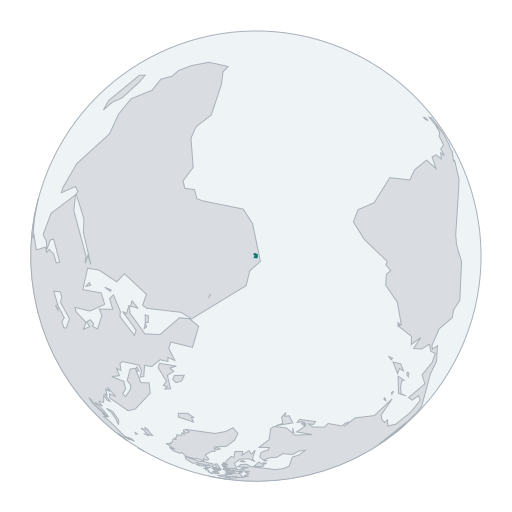 Kaolack highlighted on a globe, orthographic projection, rotated 205°
{"feature_id": "SEN-765", "entity_name": "Kaolack", "entity_type": "Region", "adm_level": 1, "iso_a3": "SEN", "parent_name": "Senegal", "parent_adm1": "", "projection": "orthographic", "projection_center": [-15.993, 13.984], "detail": "fine", "context": "on_globe", "style": "filled", "palette": "teal", "viewbox_px": 512, "rotation_deg": 205, "n_neighbors": 0, "source": "natural_earth", "source_scale": "10m", "svg_char_len": 9191}
<svg xmlns="http://www.w3.org/2000/svg" viewBox="0 0 512 512"><g transform="rotate(205 256 256)"><circle cx="256" cy="256" r="225" fill="#eef3f6" stroke="#a8b0b8"/><path d="M205.8,36.4L186.1,42.1L186.3,43.1L169.5,53.2L174.1,51.6L170.6,55.5L174.6,55.4L170.3,57.9L177.2,55.8L180.3,53.5L184.4,52.0L187.1,52.0L182.1,54.9L180.0,55.4L179.9,56.3L176.3,58.0L179.6,57.1L173.3,61.2L183.4,57.3L181.6,60.7L176.3,63.4L171.9,62.9L148.7,70.4L142.1,74.2L137.1,79.5L138.1,89.1L132.8,94.0L129.2,100.6L134.4,97.7L139.1,91.5L147.8,88.4L152.5,82.0L156.7,80.1L163.5,74.2L167.8,75.6L168.3,80.3L162.9,85.5L162.9,88.0L172.4,83.9L166.5,95.1L169.8,105.8L167.7,109.1L155.8,113.0L144.9,110.2L129.6,117.9L144.9,113.7L139.3,123.1L140.7,125.3L144.1,125.6L148.3,122.6L147.5,126.3L132.1,131.1L132.5,127.8L137.4,126.0L132.2,125.1L121.8,129.7L119.8,134.7L106.2,138.3L104.6,142.1L100.7,145.5L104.2,138.9L97.7,151.2L81.3,161.4L72.2,184.2L75.4,164.8L72.9,161.1L69.1,159.5L67.5,163.1L64.7,157.6L58.2,162.7L49.9,179.6L46.1,194.5L49.7,198.2L53.5,191.4L57.8,192.2L48.9,211.5L55.3,218.6L51.3,234.1L52.4,243.5L57.1,243.4L61.5,249.4L66.7,241.6L74.1,238.8L72.2,251.8L77.9,241.3L81.0,248.8L97.1,252.6L95.3,255.2L108.5,274.0L126.1,284.3L130.1,294.5L127.7,299.9L134.5,302.7L134.7,306.6L164.5,316.6L182.1,328.0L183.1,341.0L171.4,354.3L167.8,383.5L148.7,390.0L148.7,401.0L142.0,415.0L129.8,411.3L138.3,420.2L135.6,423.7L129.0,422.3L132.2,427.6L127.6,426.5L133.7,431.0L132.9,435.9L140.8,442.2L141.9,445.9L147.3,449.5L145.3,448.8L144.9,449.3L147.1,450.9L137.9,446.1L127.7,438.3L125.4,435.3L122.5,433.8L116.9,425.4L116.3,426.5L104.4,411.3L99.4,399.3L84.1,359.9L78.9,350.7L67.2,337.6L52.6,302.0L54.1,290.2L52.0,283.1L59.2,267.5L58.8,249.5L56.7,246.0L53.6,251.4L47.9,236.9L48.1,222.5L42.3,189.6L44.2,181.9L48.3,171.3L66.8,133.7L49.3,166.9L52.6,159.2L53.9,156.5L61.8,141.8L70.8,127.8L80.8,114.4L91.7,101.8L103.6,90.1L116.3,79.3L129.7,69.4L143.9,60.6L158.7,52.8L174.0,46.2L189.7,40.7L205.8,36.4ZM68.8,191.7L76.4,207.1L69.3,206.0L71.2,204.4L69.8,198.7L66.3,192.5L60.9,192.6L68.8,191.7ZM78.4,181.2L76.8,179.5L78.8,180.2L78.4,181.2ZM160.7,74.0L162.0,74.1L160.1,75.1L160.7,74.0ZM162.3,71.5L159.1,72.6L159.4,71.6L161.4,71.0L162.3,71.5ZM166.3,70.5L160.4,69.8L161.0,68.1L169.1,64.4L166.3,70.5ZM180.2,52.9L177.0,55.3L177.2,53.4L180.2,52.9ZM179.3,52.2L174.2,50.0L180.3,47.0L180.8,48.1L186.7,44.6L192.1,44.1L190.1,45.9L185.1,47.9L191.0,46.3L179.3,52.2ZM186.0,51.3L184.5,50.9L189.6,48.1L193.7,48.4L190.7,49.2L186.0,51.3ZM185.5,44.2L190.1,42.5L195.8,41.5L198.3,40.8L192.8,43.9L185.5,44.2ZM190.9,49.8L195.6,48.7L195.6,50.1L187.9,51.5L190.9,49.8ZM189.2,47.4L191.9,46.2L191.7,46.9L189.2,47.4ZM198.2,55.1L196.2,54.3L198.7,52.7L198.2,55.1ZM197.4,48.2L197.4,47.8L198.2,47.2L201.2,46.8L197.4,48.2ZM197.2,43.2L198.6,43.3L199.7,41.8L204.0,41.4L199.6,43.7L203.3,42.5L204.6,42.4L199.5,44.4L197.2,43.2ZM206.6,44.8L202.4,48.2L205.6,49.8L203.4,51.2L198.7,48.3L206.6,44.8ZM202.9,44.4L204.7,44.9L201.1,46.1L197.6,46.5L202.9,44.4ZM208.6,40.4L203.1,40.4L204.3,40.0L208.6,40.4ZM208.2,45.0L209.2,44.2L208.9,44.9L208.2,45.0ZM209.3,41.4L207.2,41.4L208.5,40.9L209.3,41.4ZM212.9,42.9L211.5,43.8L209.1,44.0L212.9,42.9ZM211.8,42.0L214.2,41.3L209.1,43.5L210.6,42.0L211.8,42.0ZM210.9,40.9L211.0,40.6L211.6,41.0L210.9,40.9ZM222.7,41.9L216.9,44.6L211.6,44.9L218.0,42.1L222.7,41.9ZM155.5,455.3L139.8,447.3L147.6,451.3L147.3,449.8L157.7,455.0L155.5,455.3ZM157.2,451.6L160.3,451.3L162.7,452.5L161.1,453.0L157.2,451.6ZM477.6,215.6L472.6,196.2L465.8,177.6L466.1,181.2L457.7,168.7L450.5,175.1L447.2,170.8L446.3,174.6L440.0,172.2L434.1,165.3L431.3,167.5L446.5,185.8L449.2,183.7L448.3,173.6L452.3,180.9L458.0,185.4L459.8,208.0L445.4,235.2L440.2,220.0L409.7,183.7L408.5,178.7L408.2,178.2L407.6,177.3L408.7,185.6L402.1,178.5L422.5,204.6L427.6,216.9L445.2,236.2L444.5,239.2L449.0,242.7L459.0,231.2L459.9,236.5L457.5,263.9L440.4,304.8L440.5,326.4L435.6,345.8L420.2,362.4L416.8,376.3L408.2,383.3L404.5,391.4L394.8,401.4L380.5,411.7L361.3,415.9L363.8,409.1L359.9,397.0L356.1,364.9L364.9,347.9L364.8,335.5L350.4,309.7L353.9,293.2L349.1,287.2L339.8,290.1L333.8,282.9L327.7,283.4L287.3,293.1L272.7,283.8L249.8,253.0L255.4,239.8L252.4,225.0L287.9,171.7L300.0,173.3L333.1,162.4L338.0,163.5L339.1,175.0L367.8,184.3L371.3,173.7L392.5,176.9L403.5,173.7L398.7,152.3L380.7,157.1L372.7,148.2L383.3,135.9L398.3,132.9L395.7,129.5L382.1,124.0L381.4,116.6L376.9,121.7L381.8,124.6L379.2,128.2L374.5,125.9L374.5,123.2L368.8,122.9L370.5,137.1L375.7,141.6L363.3,147.2L370.7,155.5L368.8,160.5L355.6,148.6L353.7,143.6L332.6,132.6L333.4,138.2L353.4,149.3L349.0,149.0L350.3,157.8L345.9,150.9L323.8,138.4L309.8,144.3L299.2,167.8L289.6,171.0L278.3,168.1L274.9,146.4L296.9,142.0L296.0,135.3L285.4,127.0L293.0,126.8L291.3,123.2L299.0,121.5L303.8,111.8L310.7,109.7L306.8,99.3L309.8,97.2L311.3,103.7L316.0,107.6L332.4,103.9L333.9,101.2L330.0,95.1L335.0,95.3L329.1,89.8L335.7,85.8L322.8,86.5L317.9,80.4L318.7,74.9L314.8,73.3L313.4,82.4L315.0,86.0L320.1,88.8L322.3,100.3L318.0,103.2L306.8,92.5L299.3,95.8L293.9,86.9L300.8,66.2L306.6,61.7L328.5,65.5L330.5,69.2L323.6,69.4L335.3,74.2L331.8,71.4L336.0,71.9L332.3,67.1L335.1,67.2L326.9,62.6L329.9,62.4L335.0,65.3L332.2,58.9L336.9,57.8L334.9,56.4L331.5,55.1L339.7,55.1L337.9,54.1L334.5,53.7L328.6,51.5L321.5,48.0L324.8,48.2L327.8,49.5L338.9,52.9L346.4,56.8L347.0,56.6L341.2,53.3L327.7,49.0L322.5,47.0L328.7,48.4L326.0,47.7L324.5,46.8L325.9,46.2L319.0,44.5L297.4,36.6L298.1,35.5L306.1,37.1L294.4,34.0L294.8,34.1L310.6,37.4L326.1,41.9L341.2,47.5L355.9,54.1L370.1,61.7L383.7,70.4L396.7,80.0L408.9,90.5L420.3,101.9L430.9,114.0L440.6,126.9L449.4,140.5L457.2,154.6L463.9,169.2L469.6,184.3L474.2,199.8L477.6,215.6ZM281.1,197.8L281.4,202.3L281.1,197.8ZM418.1,140.8L424.5,138.7L414.9,127.8L416.6,126.3L412.7,123.4L414.2,127.0L403.7,119.0L404.1,114.4L399.9,109.8L397.5,110.4L398.5,120.3L413.5,131.4L414.9,137.0L418.1,140.8ZM97.6,252.5L99.3,255.6L96.6,255.0L97.6,252.5ZM66.9,210.9L69.2,212.1L69.9,214.6L67.9,214.5L66.9,210.9ZM89.7,219.0L93.1,221.1L89.0,221.1L89.7,219.0ZM78.0,209.3L87.0,217.8L79.2,219.4L73.7,214.2L78.4,214.6L78.0,209.3ZM74.4,188.0L75.5,189.5L74.2,191.7L74.4,188.0ZM79.8,181.7L79.1,181.7L79.2,179.5L79.8,181.7ZM140.3,122.8L141.5,122.5L144.3,123.6L141.7,124.7L140.3,122.8ZM164.6,120.7L162.8,126.8L162.2,122.9L158.3,125.2L152.2,120.3L166.3,110.5L161.0,115.6L164.6,120.7ZM148.0,112.0L150.2,115.6L147.2,112.1L148.0,112.0ZM274.9,107.4L279.4,109.0L279.4,113.2L270.6,117.6L270.6,111.3L274.9,107.4ZM285.9,110.4L277.3,99.5L282.4,97.0L281.0,100.1L285.2,99.5L284.1,104.5L297.4,113.4L298.2,117.9L281.6,122.5L286.6,118.2L281.8,116.7L285.9,110.4ZM246.2,82.3L242.5,79.1L258.3,77.3L259.9,80.6L251.3,84.6L244.3,83.3L246.2,82.3ZM181.8,64.8L179.3,64.9L180.7,63.9L183.9,63.0L181.8,64.8ZM197.1,54.9L193.8,63.8L190.9,64.2L192.5,69.9L185.3,73.3L184.5,69.4L180.2,76.6L176.6,74.5L174.6,79.5L173.5,70.4L170.2,69.3L176.7,69.1L183.3,65.9L185.2,64.2L187.9,58.8L183.9,55.5L189.9,52.3L195.1,51.0L197.0,51.3L192.6,53.1L198.3,52.2L193.2,55.2L197.1,54.9ZM253.6,46.0L247.6,46.5L258.3,48.1L253.3,49.9L254.8,50.0L253.2,52.2L253.8,55.3L250.8,55.9L252.4,56.8L251.3,58.6L252.4,60.3L247.5,62.1L248.4,64.4L245.5,64.0L248.5,67.7L244.1,65.9L242.3,68.4L247.5,68.8L218.2,77.8L209.3,84.1L204.3,90.6L197.4,87.5L197.7,79.8L202.3,71.1L211.8,66.0L206.9,65.9L210.1,63.6L212.6,64.6L210.6,61.7L213.8,60.1L217.9,54.4L212.9,51.8L214.3,49.9L217.9,50.2L216.7,48.2L224.4,47.6L225.5,46.4L234.2,44.9L240.4,46.6L241.2,45.2L247.8,44.4L253.6,46.0ZM225.2,41.5L233.8,42.4L235.3,44.1L219.5,46.1L217.4,47.3L207.4,49.3L205.5,47.1L208.5,46.6L211.0,45.7L210.6,46.8L212.8,45.3L217.1,44.8L219.9,43.6L221.9,44.1L225.2,41.5ZM340.7,158.6L344.0,158.5L348.5,157.2L349.4,163.0L340.7,158.6ZM325.6,150.2L328.2,149.0L331.6,155.9L328.2,156.3L325.6,150.2ZM326.6,142.8L328.0,148.4L325.2,145.7L326.6,142.8ZM313.3,102.5L315.7,101.2L317.1,102.6L317.1,105.1L313.3,102.5ZM284.1,53.6L280.4,53.0L280.4,52.3L274.0,49.7L277.2,48.6L282.3,49.7L284.1,53.6ZM397.4,156.6L395.9,161.4L393.5,159.9L394.5,158.6L397.4,156.6ZM372.8,162.4L379.9,163.7L373.0,164.0L372.8,162.4ZM286.5,51.9L283.5,50.8L286.9,51.0L286.5,51.9ZM279.2,47.7L282.7,47.5L276.8,48.2L279.2,47.7ZM455.3,334.4L438.1,370.5L432.9,373.0L435.4,363.9L444.2,342.8L451.4,334.4L456.0,323.9L455.3,334.4ZM309.3,45.0L314.7,49.5L320.7,52.9L327.3,54.8L320.2,54.5L311.0,49.2L309.3,45.0ZM298.6,37.3L292.7,36.4L293.6,36.1L295.1,36.2L298.6,37.3ZM296.2,37.3L292.1,37.8L287.8,36.8L291.9,36.6L296.2,37.3ZM289.6,43.6L291.0,44.9L288.2,44.7L289.6,43.6ZM280.4,32.1L274.2,31.5L282.0,32.3L280.4,32.1Z" fill="#d9dde1" stroke="#a8b0b8" stroke-width="1"/><path d="M257.9,257.3L257.9,257.6L257.6,257.6L257.4,257.6L257.2,257.6L256.9,257.6L256.7,257.6L256.4,257.6L256.2,257.6L255.7,257.6L255.6,257.4L255.4,257.3L255.4,257.2L255.3,256.9L255.2,256.9L255.1,256.7L255.2,256.4L255.2,256.0L255.0,255.9L255.1,255.7L255.0,255.4L254.9,255.3L254.6,255.3L254.6,255.2L254.8,254.8L254.9,254.7L255.0,254.6L255.3,254.5L255.5,254.5L255.9,254.6L256.0,254.6L256.3,254.5L256.6,254.5L256.7,254.4L256.7,254.8L256.7,255.0L256.5,255.3L256.5,255.6L256.5,255.8L256.8,256.0L257.1,256.3L257.1,256.5L257.2,256.8L257.3,256.9L257.5,256.7L257.8,256.7L258.0,256.7L258.3,256.8L258.1,257.0L257.9,257.2L257.9,257.3L257.9,257.3Z" fill="#14b8a6" stroke="#0f766e" stroke-width="1.5"/></g></svg>